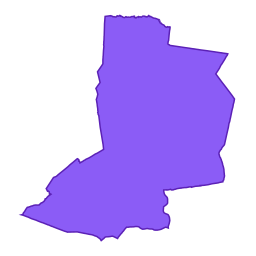 the district of Victor Vlad Delamarina, Timis, Romania
{"feature_id": "2599482B6245174477067", "entity_name": "Victor Vlad Delamarina", "entity_type": "district", "adm_level": 2, "iso_a3": "ROU", "parent_name": "Romania", "parent_adm1": "Timis", "projection": "equal_earth", "projection_center": [21.849, 45.603], "detail": "fine", "context": "isolated", "style": "filled", "palette": "violet", "viewbox_px": 256, "rotation_deg": 0, "n_neighbors": 0, "source": "geoboundaries", "source_scale": "gbopen_adm2", "svg_char_len": 5655}
<svg xmlns="http://www.w3.org/2000/svg" viewBox="0 0 256 256"><path d="M23.0,215.2L27.2,216.8L28.2,217.1L31.3,218.6L35.9,220.1L38.2,221.1L41.8,222.5L43.0,222.8L43.9,223.2L45.9,224.0L47.2,224.5L47.8,224.8L48.5,224.9L50.5,225.8L51.9,226.4L52.4,226.4L53.1,226.8L58.0,228.7L64.6,231.2L66.7,231.8L67.2,232.1L77.2,231.9L84.6,233.4L85.4,233.5L89.2,234.3L92.3,234.8L92.7,235.0L93.5,235.2L94.4,235.7L95.8,236.1L96.4,236.4L97.0,236.5L97.9,237.3L99.8,238.6L100.1,238.9L101.2,240.6L101.9,240.1L102.3,239.6L103.7,238.6L104.8,237.4L105.2,237.1L105.9,236.9L106.7,236.8L107.7,236.8L110.6,236.5L111.2,236.3L112.7,236.2L114.1,236.8L117.6,238.5L118.2,237.2L118.6,236.8L121.0,233.8L122.0,232.8L122.4,232.1L123.4,231.1L125.0,228.9L125.7,228.2L126.5,227.2L128.2,227.2L130.1,226.9L131.5,226.9L134.0,226.8L134.7,226.6L135.7,226.5L136.5,226.5L137.8,226.6L138.8,226.8L140.3,228.1L142.0,229.0L142.6,229.2L144.6,229.0L147.1,228.5L149.9,229.0L151.6,229.0L152.3,229.1L153.1,229.3L154.1,230.0L155.3,230.1L157.4,230.1L159.1,229.8L161.1,229.3L165.5,227.2L166.0,227.2L168.3,228.0L168.2,227.2L168.2,226.5L169.2,223.5L169.8,220.6L169.5,217.9L169.3,217.0L168.5,215.3L168.2,214.8L167.6,214.4L165.5,213.6L164.4,213.0L163.9,212.6L163.3,211.1L163.3,210.6L163.6,206.7L165.9,205.1L166.8,204.3L167.5,203.3L167.6,203.0L167.6,202.5L167.6,199.3L167.5,198.6L167.4,198.1L167.0,197.2L165.0,195.1L164.3,193.8L163.8,191.6L163.7,190.8L163.7,190.0L166.8,189.8L166.9,190.0L167.3,189.9L167.7,190.0L168.1,189.9L170.7,189.3L171.0,189.7L171.3,189.9L173.1,189.9L174.1,189.5L175.9,189.1L176.1,189.0L176.3,188.8L180.2,188.1L180.9,188.2L181.0,188.0L182.0,187.9L184.4,187.6L186.0,187.6L188.3,187.2L189.0,186.9L189.9,186.9L191.2,186.8L191.3,187.2L191.7,187.3L192.3,187.0L195.4,186.3L200.5,185.9L200.3,185.5L203.9,185.3L208.2,184.7L211.9,183.8L218.1,182.9L219.3,182.5L222.9,181.8L223.1,180.5L223.7,180.0L223.8,179.7L223.9,178.4L224.1,177.9L224.2,177.3L224.4,176.8L224.5,175.4L224.3,174.7L224.3,173.8L224.1,172.4L223.9,169.4L223.7,168.4L223.4,167.0L222.6,164.5L222.5,163.6L222.0,161.9L221.5,160.7L221.1,159.2L220.6,158.5L220.5,157.8L219.8,156.9L219.4,155.5L219.3,154.9L219.0,154.2L218.9,154.0L219.1,152.4L219.5,151.6L219.9,151.0L220.3,150.2L221.4,149.1L221.9,147.8L222.6,146.9L224.1,145.2L224.5,144.5L227.0,133.2L228.4,127.2L229.0,123.3L229.3,122.7L229.8,121.1L230.1,119.5L230.1,119.0L230.4,118.2L232.0,110.3L232.7,107.6L232.9,106.9L233.3,104.3L233.9,102.3L234.5,99.0L232.0,95.4L225.3,86.5L222.1,82.4L215.8,73.9L219.4,68.3L220.9,65.2L221.7,64.2L222.9,62.3L225.1,58.7L226.3,56.4L227.1,55.5L227.5,54.7L227.8,53.8L207.5,50.8L200.5,49.9L170.0,45.4L169.3,44.8L168.7,44.6L168.2,44.3L168.0,44.0L167.9,43.6L168.2,41.4L168.6,40.5L169.1,34.8L169.6,30.5L169.8,29.8L170.1,27.5L170.0,27.3L170.0,26.9L169.9,26.8L169.5,26.9L169.1,27.1L168.6,26.9L168.0,27.1L167.6,26.7L166.7,27.2L166.2,27.3L165.7,26.8L165.0,26.6L164.7,26.4L164.6,26.2L164.5,25.7L164.2,25.3L163.9,25.2L163.3,24.8L162.5,24.5L162.0,24.0L161.4,23.8L161.1,23.1L160.6,23.1L160.2,22.9L159.6,21.8L159.9,21.3L159.3,21.2L158.8,20.2L158.7,20.0L159.1,19.7L158.9,19.5L157.9,19.4L156.6,18.7L155.6,18.5L155.0,18.2L154.0,18.2L153.2,17.9L151.8,17.1L151.3,17.0L150.7,16.4L150.4,16.4L150.0,16.6L149.5,16.5L149.2,16.1L149.0,15.6L148.8,15.5L148.6,15.5L148.1,16.4L147.4,16.6L147.3,16.8L147.1,16.9L146.8,16.9L146.6,16.8L146.2,16.9L145.7,16.5L145.2,16.6L144.9,16.5L144.7,16.2L143.4,16.1L142.6,16.2L142.0,16.7L141.1,17.2L140.3,16.8L139.7,16.9L139.3,16.8L139.0,16.9L138.7,16.7L138.6,17.0L138.3,16.7L137.8,17.0L137.3,17.0L136.7,17.3L136.1,17.9L135.8,17.9L135.4,17.8L135.3,17.7L135.1,17.6L135.0,17.3L134.7,17.3L134.4,17.4L134.3,17.0L134.4,16.2L134.1,16.1L133.6,16.4L132.8,16.5L132.6,16.6L132.3,16.6L131.3,16.6L131.1,16.7L130.8,17.1L130.6,17.2L130.1,17.2L129.2,17.2L128.8,17.2L128.2,17.0L127.1,17.3L126.7,17.1L126.4,17.1L126.1,16.7L125.8,16.7L124.8,17.5L124.3,17.6L123.0,17.3L122.5,16.7L121.9,16.6L121.2,16.1L120.4,16.3L120.2,16.0L120.3,15.6L119.7,15.4L119.0,15.9L118.3,16.2L118.0,16.2L117.4,15.8L117.0,15.9L116.9,16.0L116.8,16.3L116.4,16.5L116.3,16.8L115.9,16.9L115.0,17.0L114.0,16.6L113.3,16.8L112.8,16.7L112.7,16.5L112.2,16.2L111.5,15.9L110.9,16.0L110.7,15.9L110.6,15.7L105.1,16.4L104.5,24.0L104.5,24.9L104.2,35.8L104.1,36.5L104.1,37.2L104.0,40.2L103.8,41.9L103.8,43.7L103.6,44.6L103.7,45.2L103.9,46.4L103.5,50.4L103.2,56.0L103.1,56.5L103.1,57.4L102.9,59.6L102.9,63.8L101.9,65.4L97.5,71.8L100.1,82.5L97.5,86.1L95.9,88.4L97.0,91.3L97.7,93.8L97.8,94.2L97.6,95.0L97.2,96.8L96.5,99.0L96.3,99.3L97.1,103.9L97.3,106.0L97.8,109.2L97.7,110.1L97.9,110.6L98.0,111.7L97.9,112.1L97.7,112.4L98.0,113.1L98.1,114.2L98.8,115.6L99.3,119.7L100.2,127.2L103.1,144.6L103.6,149.4L97.0,153.3L95.3,154.0L91.6,156.4L88.8,158.0L85.9,159.3L85.0,160.0L84.1,160.4L83.0,161.2L80.0,162.9L79.6,161.6L79.2,161.2L79.0,161.3L78.7,161.1L78.8,160.4L79.0,160.1L78.9,159.9L78.7,159.7L78.2,159.2L77.6,158.7L77.0,158.9L72.7,162.6L71.5,163.5L69.6,165.1L68.2,166.5L66.3,168.1L57.9,174.9L57.6,175.3L56.1,176.5L55.9,176.6L54.2,177.2L53.5,177.5L46.2,188.7L46.6,189.2L46.9,190.0L47.4,191.0L47.6,190.8L47.8,190.8L48.0,191.2L48.4,191.2L49.2,191.8L49.2,192.4L49.3,192.7L49.5,193.0L49.6,193.3L49.4,193.6L49.4,193.9L50.2,193.8L50.7,194.0L51.0,194.2L49.1,195.6L48.4,196.0L47.1,197.3L46.3,198.5L45.9,198.7L45.3,198.8L45.1,198.9L45.0,199.2L45.1,199.4L44.9,200.1L44.3,200.8L44.0,201.4L43.4,201.8L43.0,202.0L42.4,202.6L41.2,202.9L40.6,203.5L40.2,203.7L39.5,204.8L38.0,205.1L35.6,205.0L33.7,205.3L32.4,205.9L31.1,206.1L30.2,206.6L29.3,206.8L28.4,207.2L27.3,207.3L25.7,209.5L25.0,210.8L24.6,211.4L24.6,211.5L24.1,212.1L23.4,212.9L23.2,213.5L23.2,213.9L23.1,214.0L22.2,214.6L21.5,214.8L23.0,215.2Z" fill="#8b5cf6" stroke="#5b21b6" stroke-width="1.5"/></svg>